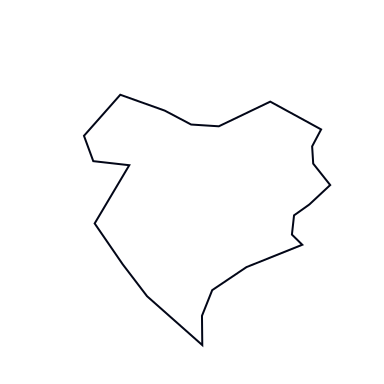 Kataliontas, Nicosia, Cyprus (Mercator projection), rotated 33°
{"feature_id": "46923920B20268452338603", "entity_name": "Kataliontas", "entity_type": "district", "adm_level": 2, "iso_a3": "CYP", "parent_name": "Cyprus", "parent_adm1": "Nicosia", "projection": "mercator", "projection_center": [33.308, 34.99], "detail": "fine", "context": "isolated", "style": "outline", "palette": "ink", "viewbox_px": 384, "rotation_deg": 33, "n_neighbors": 0, "source": "geoboundaries", "source_scale": "gbopen_adm2", "svg_char_len": 447}
<svg xmlns="http://www.w3.org/2000/svg" viewBox="0 0 384 384"><g transform="rotate(33 192 192)"><path d="M313.2,176.2L299.0,173.3L290.3,156.0L297.2,138.6L304.1,110.9L278.2,102.2L267.9,88.3L266.2,69.2L208.4,73.6L178.7,122.3L154.5,135.9L124.8,138.6L78.9,149.5L70.8,203.7L92.4,219.9L124.8,203.7L127.5,271.4L173.3,290.4L211.1,303.9L284.0,314.8L267.8,290.4L262.4,263.3L278.6,225.3L313.2,176.2Z" fill="none" stroke="#020617" stroke-width="2"/></g></svg>